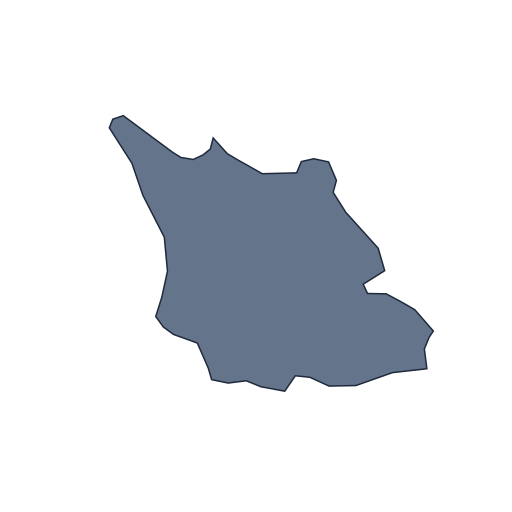 Momo, Nord-Ouest, Cameroon, rotated 319°
{"feature_id": "32672807B23500574999001", "entity_name": "Momo", "entity_type": "district", "adm_level": 2, "iso_a3": "CMR", "parent_name": "Cameroon", "parent_adm1": "Nord-Ouest", "projection": "equal_earth", "projection_center": [9.833, 6.013], "detail": "fine", "context": "isolated", "style": "filled", "palette": "slate", "viewbox_px": 512, "rotation_deg": 319, "n_neighbors": 0, "source": "geoboundaries", "source_scale": "gbopen_adm2", "svg_char_len": 804}
<svg xmlns="http://www.w3.org/2000/svg" viewBox="0 0 512 512"><g transform="rotate(319 256 256)"><path d="M223.2,104.6L210.4,136.2L199.1,181.7L179.2,209.4L157.9,225.3L140.6,235.9L139.5,249.0L142.3,261.1L154.6,283.2L146.5,309.1L141.4,320.2L151.6,333.6L166.8,343.8L174.0,358.0L189.0,376.9L207.1,372.2L217.1,382.9L225.8,402.1L246.4,419.3L282.4,433.5L311.0,453.2L322.1,436.6L333.4,430.9L340.6,429.0L340.6,400.7L335.3,385.3L329.4,369.9L315.6,357.5L318.4,347.6L343.5,351.5L353.3,330.3L353.2,325.3L352.4,282.1L356.0,258.6L366.3,251.7L372.5,232.6L363.4,220.5L352.2,214.5L341.2,219.9L314.7,198.0L305.5,172.1L301.5,160.1L301.1,138.8L294.7,143.2L291.8,145.3L282.2,144.9L272.0,142.0L264.0,132.4L261.0,122.6L247.9,63.0L237.7,58.8L229.4,63.0L223.2,104.6Z" fill="#64748b" stroke="#1e293b" stroke-width="1.5"/></g></svg>